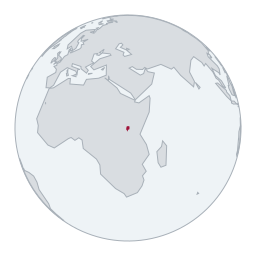 the Earth from above Western, rotated 339°
{"feature_id": "KEN-891", "entity_name": "Western", "entity_type": "Province", "adm_level": 1, "iso_a3": "KEN", "parent_name": "Kenya", "parent_adm1": "", "projection": "orthographic", "projection_center": [34.624, 0.494], "detail": "fine", "context": "on_globe", "style": "filled", "palette": "rose", "viewbox_px": 256, "rotation_deg": 339, "n_neighbors": 0, "source": "natural_earth", "source_scale": "10m", "svg_char_len": 6666}
<svg xmlns="http://www.w3.org/2000/svg" viewBox="0 0 256 256"><g transform="rotate(339 128 128)"><circle cx="128" cy="128" r="113" fill="#eef3f6" stroke="#a8b0b8"/><path d="M60.9,37.5L60.6,37.7L58.9,39.1L58.7,39.2L60.9,37.5ZM15.9,117.3L15.9,119.8L15.9,124.7L15.7,127.6L16.1,128.6L16.2,130.5L19.5,133.9L22.7,139.1L23.6,145.9L22.9,153.7L26.8,170.3L26.7,175.5L29.8,182.1L35.1,191.7L34.9,191.5L30.3,184.1L26.3,176.4L22.9,168.4L20.1,160.2L17.9,151.8L16.4,143.3L15.6,134.6L15.4,126.0L15.9,117.3ZM216.8,58.7L216.6,58.5L215.7,57.3L216.8,58.7ZM214.9,56.3L215.5,57.3L213.0,54.2L214.7,56.9L217.0,59.6L217.3,59.5L219.9,63.6L223.7,68.9L227.1,74.8L230.6,84.5L229.8,87.1L230.4,89.1L228.5,86.6L228.4,90.2L233.7,102.1L234.3,105.5L233.0,111.5L232.6,108.9L227.7,102.3L228.4,110.3L232.2,117.5L233.6,125.8L231.4,123.0L229.8,115.7L228.1,113.2L227.3,106.1L223.6,95.6L221.3,97.4L220.4,93.3L214.9,84.9L211.0,87.3L205.5,97.8L206.7,108.4L204.0,113.1L196.0,97.7L192.6,87.7L189.6,88.6L181.5,80.4L167.3,79.9L165.3,77.4L162.6,78.6L156.9,76.2L154.0,72.2L150.5,72.5L158.4,83.0L162.1,82.8L165.4,78.7L166.8,82.6L172.3,86.1L165.9,95.5L144.9,104.3L143.1,96.4L128.0,75.9L128.6,73.6L128.5,73.4L128.3,72.9L126.8,76.6L124.2,72.8L132.1,86.7L133.3,93.0L144.6,104.8L143.5,106.0L147.2,108.5L159.3,105.4L159.3,108.1L153.5,120.7L137.0,138.1L139.3,150.0L138.3,160.2L128.3,167.0L129.5,174.9L124.4,177.8L124.3,182.3L120.3,187.1L113.6,191.7L101.9,192.0L100.9,187.9L94.7,180.1L85.9,161.2L88.5,152.4L87.4,145.7L78.9,131.1L80.8,122.8L78.6,119.5L74.0,120.5L71.5,116.5L68.8,116.5L52.0,120.2L47.1,115.2L41.9,99.9L45.1,93.6L46.1,86.6L68.6,62.8L72.8,63.8L90.0,60.4L92.0,61.1L89.5,66.1L101.9,72.0L106.6,67.7L118.4,71.0L126.6,70.9L130.4,61.5L117.0,61.5L115.2,57.2L126.4,53.3L138.2,54.0L137.9,52.4L130.8,48.7L134.0,45.9L128.5,47.3L130.4,48.9L127.0,49.9L125.0,48.6L126.2,47.5L122.8,46.8L118.0,52.5L119.4,54.8L110.1,55.9L111.6,59.9L108.9,61.9L105.4,55.9L106.1,53.7L99.2,48.0L97.6,50.3L104.1,56.1L101.9,55.6L99.8,59.4L99.6,56.2L93.0,49.9L85.0,51.7L73.9,61.4L69.4,62.5L65.9,61.0L70.8,51.7L80.4,50.3L82.2,47.5L81.0,43.9L84.0,44.0L84.7,42.5L88.4,42.1L94.3,38.4L98.1,37.9L101.1,33.9L103.5,33.2L101.0,35.7L101.4,37.4L111.1,36.9L113.1,36.1L114.3,33.6L116.8,34.0L116.7,31.8L122.6,30.9L115.3,30.2L116.5,27.9L120.4,26.2L119.5,25.5L113.1,28.3L111.8,29.6L112.7,30.8L107.8,35.0L104.3,35.8L104.5,31.4L99.6,32.3L101.8,29.0L117.7,22.6L123.9,21.7L132.8,24.3L131.0,25.5L126.9,25.0L130.1,27.3L130.1,26.2L132.2,26.7L133.8,25.1L135.4,25.4L134.3,23.5L136.4,23.7L137.1,25.0L141.3,23.3L145.8,23.7L146.0,23.2L145.0,22.6L151.4,23.8L151.3,23.4L149.1,22.8L147.4,21.7L147.0,20.5L149.3,21.0L149.7,21.5L154.1,23.5L155.0,25.2L155.9,25.3L155.6,24.0L150.3,21.5L149.4,20.6L152.2,21.6L151.1,21.2L151.4,20.9L153.7,21.2L150.8,20.1L150.5,18.0L155.1,18.8L157.6,19.7L159.8,19.9L167.7,22.6L175.4,25.8L182.9,29.6L190.1,34.0L196.9,38.9L203.3,44.2L209.3,50.1L214.9,56.3ZM60.3,74.3L59.6,76.3L60.3,74.3ZM150.5,60.0L157.7,60.6L154.7,55.0L157.3,54.9L155.3,53.1L154.5,54.6L149.8,50.0L153.0,48.6L152.3,46.5L149.9,46.2L144.8,49.6L151.4,55.9L149.6,58.1L150.5,60.0ZM57.9,39.8L58.1,39.7L57.7,40.0L57.9,39.8ZM54.8,42.4L53.4,43.6L50.7,46.1L52.3,44.6L51.0,45.8L51.2,45.6L54.8,42.4ZM84.7,36.0L85.8,36.7L84.0,38.3L79.1,39.9L81.6,37.4L84.7,36.0ZM87.6,37.3L89.1,33.1L92.2,32.2L90.2,33.4L92.1,33.2L89.4,35.1L90.9,38.8L89.5,40.6L81.2,42.0L84.7,40.4L83.5,39.7L87.6,37.3ZM87.5,26.7L88.2,25.6L94.0,25.0L92.7,26.1L87.7,27.5L86.3,27.0L87.5,26.7ZM112.4,16.4L112.0,16.6L113.7,16.3L116.3,16.1L116.3,16.3L114.0,16.5L115.6,16.8L112.3,17.1L112.7,17.1L110.1,17.6L107.7,18.4L106.3,18.5L106.0,18.8L104.3,19.3L103.3,19.7L100.5,20.3L99.1,20.9L98.6,20.8L96.9,21.9L96.9,21.4L94.7,22.2L95.9,22.2L82.9,25.6L77.5,28.0L73.1,30.5L73.6,29.7L78.1,27.1L84.3,24.2L89.5,22.2L88.8,22.4L91.0,21.6L90.6,21.8L92.5,21.1L94.3,20.5L98.0,19.4L112.4,16.4ZM94.7,59.2L96.4,59.3L99.0,59.0L97.8,61.5L94.7,59.2ZM90.1,54.8L91.6,54.5L91.2,57.5L89.5,57.5L90.1,54.8ZM92.9,51.8L91.8,54.2L91.3,52.9L92.9,51.8ZM102.5,35.4L104.2,35.0L104.2,35.6L103.1,36.5L102.5,35.4ZM120.3,18.5L119.2,18.3L119.8,18.1L119.7,17.4L122.1,17.2L123.1,17.6L120.3,18.5ZM127.9,63.1L125.3,64.9L124.2,64.0L125.3,63.6L127.9,63.1ZM110.7,63.0L114.4,64.2L110.3,63.7L110.7,63.0ZM122.9,18.3L122.5,17.9L123.9,18.1L122.9,18.3ZM123.8,17.1L125.6,17.2L122.4,17.1L123.8,17.1ZM170.0,213.1L170.5,214.4L168.8,214.5L170.0,213.1ZM157.7,158.5L150.1,176.4L144.7,176.4L143.7,171.2L146.5,160.4L152.7,157.3L155.7,152.4L157.7,158.5ZM238.5,146.8L238.7,147.6L238.6,148.1L238.5,146.8ZM238.5,144.7L238.8,145.1L238.2,145.8L238.5,144.7ZM238.9,145.3L239.3,144.6L239.5,143.9L239.3,145.0L238.9,145.3ZM238.1,144.5L235.1,143.5L233.6,141.8L234.2,139.9L236.7,140.9L238.1,144.5ZM234.1,139.8L231.4,133.9L225.8,117.7L227.8,118.1L233.3,128.1L233.0,129.8L234.7,134.3L234.1,139.8ZM239.5,131.1L239.1,136.0L237.7,135.0L237.0,134.0L236.4,127.4L236.8,124.3L237.5,124.6L238.9,114.5L239.6,117.5L239.5,121.8L240.1,126.3L239.5,131.1ZM207.2,109.5L209.9,115.9L208.2,117.0L207.2,109.5ZM238.3,107.5L238.5,111.7L238.0,105.9L238.3,107.5ZM237.4,101.9L237.9,104.2L237.2,101.8L237.4,101.9ZM231.4,92.2L230.7,92.5L230.1,90.9L230.7,89.6L231.4,92.2ZM229.7,79.9L231.7,84.4L232.2,85.9L230.9,83.1L229.7,79.9ZM142.8,18.8L140.3,19.8L140.1,20.9L142.5,22.0L138.1,21.2L138.4,19.4L142.8,18.8ZM149.3,17.9L147.2,17.4L148.8,17.6L149.5,17.8L149.3,17.9ZM147.6,17.6L143.8,17.1L143.0,16.7L146.2,17.2L147.6,17.6ZM133.3,17.0L132.4,17.2L131.3,17.0L133.3,17.0ZM221.8,190.3L219.6,192.8L219.9,191.4L222.2,188.2L227.2,177.8L227.3,178.1L230.2,171.2L233.8,166.0L236.5,158.3L233.8,166.7L230.4,174.9L226.4,182.8L221.8,190.3ZM239.0,147.0L238.8,148.0L239.1,146.5L239.0,147.0ZM240.6,125.5L240.3,127.6L240.4,130.8L240.6,129.2L240.4,131.8L240.2,137.2L240.0,139.1L240.3,133.2L239.8,138.9L239.7,138.6L239.9,133.6L240.2,127.8L240.4,125.5L240.6,125.2L240.6,125.5ZM239.9,115.3L239.6,112.7L239.6,113.9L239.2,109.9L239.9,115.3ZM238.8,107.9L238.9,109.0L238.5,106.1L238.8,107.9ZM238.7,107.6L238.1,104.8L238.3,105.4L238.7,107.6ZM236.6,98.7L237.9,103.6L237.1,101.1L234.6,92.3L236.6,98.7Z" fill="#d9dde1" stroke="#a8b0b8" stroke-width="1"/><path d="M127.8,126.8L128.0,126.9L128.0,127.0L128.3,127.2L128.3,127.3L128.5,127.3L128.6,127.2L128.8,127.2L128.9,127.3L129.0,127.3L129.0,127.5L128.9,127.7L128.7,127.7L128.7,127.8L128.4,127.8L128.4,128.0L128.5,128.0L128.6,128.4L128.6,128.5L128.4,128.7L128.4,128.8L128.3,129.0L128.2,129.0L127.9,129.0L127.8,128.9L127.7,128.7L127.5,128.4L127.4,128.4L127.2,128.4L127.2,128.5L126.9,128.6L126.9,128.8L126.8,129.0L126.7,129.2L126.6,128.8L126.7,128.6L126.9,128.4L126.9,128.2L127.0,128.1L127.0,127.9L127.1,127.7L127.3,127.7L127.5,127.4L127.6,127.2L127.7,126.9L127.8,126.8L127.8,126.8Z" fill="#f43f5e" stroke="#9f1239" stroke-width="1.5"/></g></svg>